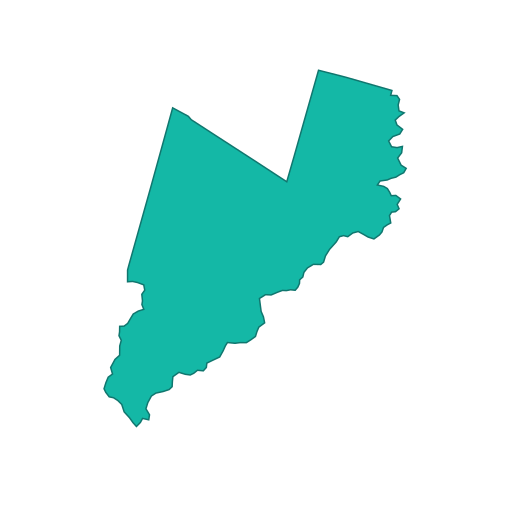 Missal, Paraná, Brazil, rotated 287°
{"feature_id": "56859067B64572394282984", "entity_name": "Missal", "entity_type": "district", "adm_level": 2, "iso_a3": "BRA", "parent_name": "Brazil", "parent_adm1": "Paraná", "projection": "orthographic", "projection_center": [-54.267, -25.107], "detail": "fine", "context": "isolated", "style": "filled", "palette": "teal", "viewbox_px": 512, "rotation_deg": 287, "n_neighbors": 0, "source": "geoboundaries", "source_scale": "gbopen_adm2", "svg_char_len": 2046}
<svg xmlns="http://www.w3.org/2000/svg" viewBox="0 0 512 512"><g transform="rotate(287 256 256)"><path d="M373.3,133.0L348.7,133.7L293.5,135.2L210.4,137.1L205.0,137.3L193.8,140.7L195.6,145.5L196.0,150.5L195.6,157.1L190.8,159.6L186.0,158.0L179.8,160.6L176.2,161.1L172.2,164.3L168.9,159.5L164.7,155.6L160.4,154.5L154.0,153.0L150.3,150.3L148.9,146.2L143.6,147.7L139.7,148.3L136.0,151.8L130.1,152.0L121.2,154.6L115.9,151.4L106.9,149.6L101.2,153.3L96.9,150.1L91.0,149.5L84.6,149.5L81.7,152.2L78.4,156.8L78.8,161.2L77.4,166.1L74.8,171.0L68.4,175.5L64.3,182.4L60.6,187.2L58.0,191.5L63.0,194.1L67.5,195.0L68.0,201.3L73.0,200.6L77.7,195.4L84.2,195.4L91.5,196.9L95.6,200.3L99.3,206.9L102.9,212.0L106.5,214.0L111.3,212.8L116.3,211.8L122.2,216.3L122.2,223.0L123.0,227.9L125.7,230.8L129.6,233.4L130.8,239.2L134.9,241.1L139.2,240.3L143.2,244.6L148.8,250.8L155.8,252.3L161.3,253.0L164.9,254.0L166.4,261.4L168.5,266.1L170.3,272.1L174.4,275.6L178.9,279.0L183.9,279.0L188.8,279.5L194.6,283.8L200.0,280.9L204.5,277.1L216.4,271.7L221.8,276.4L223.2,281.9L227.5,287.0L230.8,291.3L231.8,295.2L233.8,298.9L234.7,303.5L238.4,305.1L242.5,305.6L246.0,304.7L249.6,306.9L254.3,306.6L259.7,308.7L264.8,313.3L266.8,320.4L269.9,322.4L276.4,322.4L283.9,324.4L292.9,328.6L298.8,330.1L301.1,333.8L301.3,338.1L306.3,341.8L309.3,346.6L308.1,352.5L306.9,357.6L306.8,363.8L312.2,367.9L315.7,369.4L320.6,369.6L324.3,372.5L327.0,375.2L333.7,371.8L337.6,372.9L339.2,376.5L343.0,379.0L346.6,375.9L352.8,377.6L354.8,372.0L353.2,367.7L356.0,365.2L358.9,361.9L359.9,357.8L359.4,351.3L364.0,352.7L367.1,359.3L369.8,362.5L372.3,366.7L375.8,369.7L378.8,372.9L383.7,374.0L385.3,368.2L391.1,362.8L397.3,365.1L403.6,364.0L400.9,359.2L400.1,353.7L404.8,349.2L410.2,351.9L414.7,357.8L420.0,359.2L422.5,352.5L426.7,349.4L431.1,351.9L436.2,355.8L436.6,350.3L442.0,347.8L447.7,347.5L450.6,343.9L449.0,337.8L454.0,337.6L453.2,289.5L451.9,261.5L362.7,263.3L336.0,263.7L343.1,239.1L345.3,231.6L360.5,178.3L367.4,154.2L369.8,150.5L373.3,133.0Z" fill="#14b8a6" stroke="#0f766e" stroke-width="1.5"/></g></svg>